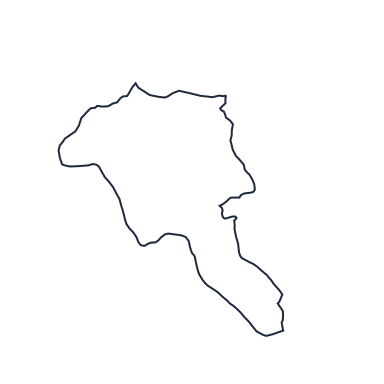 Plahn Nyarn, Sinoe, Liberia, rotated 114°
{"feature_id": "62588387B77612051850083", "entity_name": "Plahn Nyarn", "entity_type": "district", "adm_level": 2, "iso_a3": "LBR", "parent_name": "Liberia", "parent_adm1": "Sinoe", "projection": "natural_earth1", "projection_center": [-9.003, 5.323], "detail": "fine", "context": "isolated", "style": "outline", "palette": "slate", "viewbox_px": 384, "rotation_deg": 114, "n_neighbors": 0, "source": "geoboundaries", "source_scale": "gbopen_adm2", "svg_char_len": 2598}
<svg xmlns="http://www.w3.org/2000/svg" viewBox="0 0 384 384"><g transform="rotate(114 192 192)"><path d="M208.9,330.6L209.9,329.6L214.1,327.0L217.6,323.8L219.5,322.0L219.6,320.2L218.9,316.3L218.2,313.6L214.6,306.3L211.9,301.3L209.8,297.5L207.0,294.3L206.3,292.3L206.2,291.6L206.0,290.1L206.6,287.4L210.5,282.3L213.9,277.7L216.0,272.8L219.6,266.2L224.8,259.6L227.9,255.4L234.3,250.2L236.2,248.4L242.3,243.6L245.1,241.4L247.9,238.9L250.9,234.0L251.8,231.6L252.6,229.6L254.4,226.6L256.1,224.1L259.9,220.3L261.4,217.0L260.6,213.5L257.1,211.1L254.8,208.6L252.9,204.9L251.4,203.9L250.0,203.1L246.0,201.8L241.7,199.4L239.7,196.9L237.8,190.6L236.6,186.6L235.9,183.7L235.7,179.5L238.0,175.2L243.3,171.3L247.7,167.3L249.1,164.1L250.3,162.9L256.0,158.9L259.3,156.3L261.1,154.9L264.0,152.3L267.5,147.4L269.8,143.3L271.2,139.2L271.8,135.1L272.1,133.6L272.7,129.5L273.5,126.4L274.0,125.1L275.3,121.6L275.7,119.9L277.0,115.5L278.4,112.1L279.3,107.5L279.9,105.4L282.1,99.1L285.1,93.0L286.7,88.9L287.0,88.1L289.0,83.8L289.4,83.6L293.1,76.2L293.6,69.3L293.3,65.8L292.8,65.1L289.3,60.6L281.5,52.3L279.8,53.6L274.9,56.9L271.9,57.0L271.0,57.4L267.9,58.5L263.9,60.5L261.7,63.8L260.5,66.1L259.5,67.3L259.0,68.3L256.4,67.6L252.2,67.7L248.9,67.8L247.2,70.6L246.0,72.7L242.7,80.0L240.3,83.9L238.8,87.2L237.9,89.0L237.4,89.9L236.0,94.9L233.7,102.2L232.8,106.8L232.8,110.2L232.3,116.9L232.0,119.9L230.4,122.4L227.9,124.5L223.7,127.0L220.4,128.9L214.8,133.7L208.5,138.1L204.9,139.5L200.8,141.9L198.7,140.9L197.5,140.8L196.8,142.5L197.5,144.1L198.0,145.2L202.8,150.7L202.7,153.0L201.0,154.9L199.1,156.0L196.5,156.5L194.5,158.0L194.0,159.4L193.3,161.1L192.7,160.6L191.0,159.1L186.0,156.4L183.2,155.3L181.5,154.3L179.1,149.4L177.8,146.4L175.0,146.1L172.1,143.7L168.7,138.0L166.9,136.0L164.9,135.7L164.1,135.6L159.9,138.1L157.6,140.3L156.3,141.7L152.8,146.5L151.4,150.4L150.0,153.0L146.0,155.7L142.8,162.5L141.0,166.9L139.0,169.2L136.8,172.0L132.8,175.0L129.3,177.9L124.3,178.7L119.2,180.8L113.4,182.2L111.2,186.4L110.2,191.2L107.6,193.4L105.5,195.7L105.4,198.3L104.2,200.3L101.2,199.2L97.4,197.5L93.2,199.5L91.3,199.8L90.4,200.4L92.0,203.0L92.8,206.3L97.0,211.8L100.7,223.4L102.5,233.4L104.4,243.0L104.8,245.0L109.3,249.6L114.8,253.2L116.9,255.6L118.7,261.4L120.6,270.0L119.5,277.3L118.5,283.6L115.6,287.7L120.5,289.1L127.2,289.8L130.7,290.3L132.9,294.1L135.6,295.6L140.5,296.8L143.6,300.5L147.8,303.5L150.6,309.0L151.9,313.7L154.5,314.8L155.2,316.1L156.9,318.7L162.9,321.0L169.7,323.2L177.2,322.3L184.0,323.2L189.1,326.3L194.9,329.8L199.4,330.6L203.2,331.7L208.9,330.6Z" fill="none" stroke="#1e293b" stroke-width="2"/></g></svg>